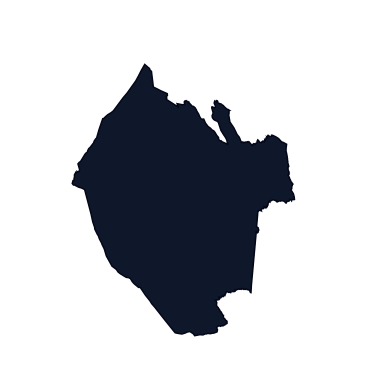 outline of "Søndre Land" nor, Oppland, Norway, rotated 61°
{"feature_id": "86288312B15696105865546", "entity_name": "\"Søndre Land\" nor", "entity_type": "district", "adm_level": 2, "iso_a3": "NOR", "parent_name": "Norway", "parent_adm1": "Oppland", "projection": "robinson", "projection_center": [10.325, 60.703], "detail": "fine", "context": "isolated", "style": "filled", "palette": "ink", "viewbox_px": 384, "rotation_deg": 61, "n_neighbors": 0, "source": "geoboundaries", "source_scale": "gbopen_adm2", "svg_char_len": 6054}
<svg xmlns="http://www.w3.org/2000/svg" viewBox="0 0 384 384"><g transform="rotate(61 192 192)"><path d="M187.2,90.4L184.3,92.0L181.4,94.1L181.0,94.7L181.6,94.9L182.0,95.5L181.5,96.0L181.5,96.8L180.3,97.6L179.6,97.7L179.3,98.2L179.9,98.9L180.9,99.4L180.2,99.8L180.9,99.9L180.7,101.1L181.3,101.2L181.3,101.6L181.9,102.0L181.9,102.6L181.4,102.9L181.9,103.1L182.6,103.9L183.1,104.1L182.6,105.0L182.0,105.0L181.8,105.3L181.9,105.7L182.2,105.8L182.0,106.6L182.4,107.1L181.8,108.3L181.0,108.8L179.6,108.8L178.3,109.2L179.2,110.5L179.9,110.8L180.5,111.6L180.4,112.5L181.0,113.1L181.0,113.4L180.0,114.1L180.1,114.8L179.6,115.0L180.1,115.9L180.7,116.4L180.6,116.6L178.2,117.4L176.0,117.7L175.7,118.3L175.1,118.5L175.0,119.1L175.4,119.3L175.4,119.5L174.5,120.4L174.7,120.9L174.4,121.1L174.5,121.4L173.8,122.3L173.9,123.0L173.2,123.1L172.7,123.6L172.6,123.9L173.0,124.4L172.6,124.8L167.0,124.1L163.5,124.7L156.3,124.3L149.2,124.9L142.3,122.5L141.5,121.7L138.8,120.1L138.6,119.9L138.7,119.7L137.4,120.3L136.7,121.1L134.7,121.9L132.1,122.7L131.6,122.6L131.0,123.2L129.4,123.7L127.0,125.9L126.1,126.0L125.3,125.6L124.6,125.6L124.0,126.2L124.4,126.5L124.5,126.9L125.0,127.2L123.4,127.9L124.6,129.2L125.3,129.6L127.9,129.8L129.0,130.3L129.4,131.4L127.3,133.0L127.2,133.3L127.9,133.9L132.8,135.1L133.4,135.4L135.0,137.4L136.1,137.9L137.4,138.1L139.2,137.8L140.3,137.2L142.4,135.6L143.9,135.2L152.1,136.8L156.9,136.6L160.0,136.3L162.7,136.3L164.0,136.5L167.5,137.7L162.6,141.4L161.5,141.6L161.3,141.8L161.4,142.0L160.7,142.6L159.4,143.1L158.4,143.1L157.7,142.5L156.2,142.5L154.8,142.9L150.8,143.0L148.9,143.4L147.7,144.3L145.0,145.0L142.5,146.2L138.2,146.8L133.9,146.4L132.9,148.5L130.4,148.8L126.9,148.4L123.7,148.6L122.4,148.4L119.7,148.5L117.9,149.2L117.4,150.1L113.0,151.2L112.5,151.7L111.9,151.1L111.5,151.5L110.9,151.7L110.4,152.3L109.3,152.8L109.4,153.1L109.2,153.3L109.5,153.9L109.2,154.2L109.3,154.5L109.1,154.6L109.6,155.2L110.0,155.1L111.9,156.3L111.0,158.1L107.5,162.2L110.9,162.9L98.4,169.6L97.8,169.2L97.7,168.5L96.1,168.3L95.9,168.0L96.0,167.5L95.4,166.5L93.9,166.0L88.4,170.2L81.4,174.9L66.9,169.0L64.8,169.6L63.5,169.3L57.5,171.5L61.1,177.4L64.6,182.6L67.6,187.3L74.0,200.7L76.2,206.5L82.3,220.0L83.0,221.7L83.4,224.2L83.6,228.4L84.4,232.0L84.8,233.0L84.8,234.1L84.6,234.5L92.3,243.0L98.4,249.1L99.2,251.4L99.6,251.7L100.1,253.0L101.2,254.0L103.7,259.7L103.9,261.1L104.3,261.7L105.2,263.1L106.2,263.8L106.7,266.4L107.4,267.8L111.1,274.3L111.5,275.4L111.3,275.9L112.1,278.1L117.7,279.4L119.2,280.4L119.3,280.6L119.0,280.8L119.0,281.5L119.4,281.7L119.1,282.2L118.5,282.5L118.8,282.6L119.2,283.4L118.3,283.9L118.3,284.2L119.3,284.8L119.6,285.4L119.4,285.7L119.5,286.0L120.5,286.8L122.1,287.6L122.7,288.4L124.3,289.4L124.3,289.6L124.5,289.9L124.3,290.5L126.5,292.6L128.4,292.3L128.5,292.0L128.9,291.4L132.8,288.8L135.0,286.6L137.8,284.7L162.2,290.9L170.2,293.3L175.8,294.3L177.3,295.0L183.3,295.3L184.8,295.1L188.0,295.7L192.8,295.8L194.5,296.1L199.1,296.3L206.4,297.9L218.1,297.9L223.0,295.7L226.2,295.4L228.8,294.3L234.1,291.3L235.3,290.3L236.0,289.1L237.8,287.8L241.4,287.7L244.4,287.0L249.5,285.0L249.7,284.4L250.7,283.5L259.9,282.7L266.9,281.5L270.0,281.4L274.7,280.4L290.1,277.9L306.9,275.0L308.3,273.5L311.3,269.7L312.0,266.6L312.2,264.0L313.0,261.5L316.6,259.6L319.0,259.3L320.6,254.3L322.3,251.7L322.6,248.9L323.2,247.9L323.3,246.9L325.0,244.3L325.2,243.0L326.0,241.3L326.5,238.0L324.9,236.5L322.4,236.3L322.1,234.4L321.7,233.7L323.4,232.0L323.1,231.0L323.8,230.3L324.1,229.6L324.1,229.4L323.7,229.4L324.2,227.7L323.9,227.3L323.7,226.1L323.8,225.8L324.0,225.7L323.9,225.2L323.2,225.0L323.3,224.7L322.5,224.5L322.2,224.1L321.3,224.2L320.6,224.7L318.5,224.9L317.3,225.4L316.7,225.3L315.2,224.3L314.6,224.8L311.0,224.7L308.6,225.3L308.1,224.9L306.7,225.3L306.0,225.1L303.9,225.7L301.9,224.9L300.9,224.0L298.6,223.8L298.2,224.0L298.5,223.4L298.2,222.9L298.6,222.4L299.2,220.6L298.9,219.8L297.9,219.6L297.8,219.2L297.2,219.1L298.5,218.2L297.8,216.5L297.5,216.2L298.4,215.7L298.1,215.4L298.4,214.9L297.8,214.3L297.9,213.9L298.5,213.5L298.2,213.1L297.4,212.4L297.4,212.1L296.7,211.3L296.2,211.1L296.3,210.7L295.6,209.9L296.4,209.3L297.4,208.9L297.8,207.9L298.5,207.2L298.2,207.1L298.0,206.7L298.4,206.2L298.7,204.8L298.6,204.7L299.5,203.6L299.7,202.6L299.5,202.1L298.5,201.8L299.2,200.7L298.9,200.4L299.2,200.1L299.2,199.5L299.5,199.0L299.4,198.4L299.6,197.8L300.1,197.6L300.5,196.6L301.0,196.1L300.8,195.7L301.2,195.0L300.9,194.9L302.2,194.1L302.8,192.6L303.0,192.5L302.8,191.9L303.1,191.3L304.0,191.2L304.8,190.2L305.9,189.3L308.2,189.6L308.6,189.2L302.4,185.3L258.1,155.2L259.2,155.0L259.4,154.8L259.4,154.4L259.2,153.7L257.9,152.7L257.7,152.1L255.3,151.5L253.6,152.3L245.0,146.5L244.4,146.4L244.1,145.8L243.5,145.8L243.2,145.3L240.7,143.7L240.9,143.3L240.6,143.1L240.6,141.9L241.3,141.5L241.6,140.6L242.0,140.4L241.1,140.1L240.9,139.9L241.0,139.7L240.2,139.0L241.1,137.7L240.8,136.9L240.0,136.4L240.6,136.2L240.5,135.9L241.3,135.7L241.6,135.2L241.7,134.8L240.7,134.5L240.7,133.9L241.3,133.8L241.1,133.4L241.2,133.2L240.2,132.5L240.2,131.8L239.1,131.2L238.7,130.8L238.3,129.9L237.7,129.6L237.8,129.2L238.4,128.8L237.4,128.5L238.0,127.5L238.0,124.9L239.8,123.3L239.8,123.1L241.6,122.6L241.6,122.3L242.1,121.9L241.9,121.5L242.1,121.1L242.0,120.7L242.3,119.7L243.0,118.8L242.8,118.4L242.9,117.9L244.2,116.4L245.0,115.8L247.2,115.2L247.3,114.8L246.2,113.7L247.0,111.6L245.8,110.0L246.5,109.5L248.0,109.2L247.6,108.8L247.1,108.5L246.9,108.1L248.1,106.6L248.2,106.0L245.9,105.0L242.7,104.2L238.2,104.4L237.5,103.2L235.3,101.9L235.1,101.3L233.8,100.3L234.0,100.0L233.8,99.9L232.4,100.2L231.7,100.1L231.1,100.5L229.1,100.1L227.9,100.2L226.5,99.8L224.1,99.9L223.9,99.1L223.3,98.9L223.5,98.6L223.3,98.4L222.5,98.4L222.1,98.1L222.2,97.8L221.7,97.8L221.4,97.4L220.1,97.4L217.7,96.6L217.7,96.4L216.6,95.8L216.7,95.7L216.7,95.3L216.4,94.9L212.3,93.9L211.8,93.4L210.0,92.9L209.4,92.4L207.6,91.9L206.9,91.4L205.7,91.2L205.2,90.9L200.9,89.6L200.2,88.9L199.5,88.6L196.1,86.1L193.0,88.1L191.5,89.4L187.2,90.4Z" fill="#0f172a" stroke="#020617" stroke-width="1.5"/></g></svg>